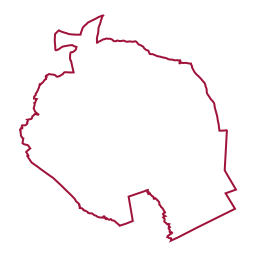 Gura Vadului, Prahova, Romania (Robinson projection)
{"feature_id": "2599482B35654118290873", "entity_name": "Gura Vadului", "entity_type": "district", "adm_level": 2, "iso_a3": "ROU", "parent_name": "Romania", "parent_adm1": "Prahova", "projection": "robinson", "projection_center": [26.431, 45.048], "detail": "fine", "context": "isolated", "style": "outline", "palette": "rose", "viewbox_px": 256, "rotation_deg": 0, "n_neighbors": 0, "source": "geoboundaries", "source_scale": "gbopen_adm2", "svg_char_len": 5628}
<svg xmlns="http://www.w3.org/2000/svg" viewBox="0 0 256 256"><path d="M224.7,170.3L226.9,130.6L226.4,130.3L226.0,130.2L224.8,130.5L221.6,130.7L219.4,130.6L218.6,124.0L217.9,120.9L217.3,117.0L216.9,115.2L214.7,107.1L214.5,105.1L214.1,103.2L213.8,102.7L213.1,101.7L210.6,98.9L209.1,96.5L207.7,94.5L207.1,93.4L206.7,91.9L206.7,90.3L206.5,88.6L206.2,87.7L205.7,86.8L205.3,84.9L204.8,83.3L200.6,78.4L198.9,76.6L196.4,74.3L195.0,72.7L194.1,71.4L192.1,67.5L192.0,66.9L192.1,66.4L192.1,66.2L191.5,65.4L191.3,64.6L191.0,64.1L190.9,63.5L189.1,63.5L185.7,62.8L184.0,63.0L183.0,63.0L181.6,62.6L181.0,63.0L180.8,63.0L180.2,62.7L179.8,63.3L179.5,63.3L179.4,63.1L179.4,62.9L180.3,62.0L180.3,61.7L180.2,61.1L180.3,60.5L180.2,60.3L179.3,60.3L178.7,60.6L178.4,60.6L177.6,60.2L174.6,60.3L172.4,59.6L171.0,59.6L169.2,59.4L168.1,59.1L166.6,58.3L165.7,58.0L163.5,57.5L162.0,57.3L160.4,56.7L157.4,56.2L154.7,55.0L152.7,54.2L152.1,54.1L150.7,54.1L149.7,53.9L149.6,53.7L149.3,52.8L148.7,51.7L148.5,51.0L148.2,50.6L147.8,50.4L147.3,50.4L146.6,50.0L145.7,49.7L145.4,49.4L145.1,49.0L144.0,48.1L143.2,46.6L142.7,46.5L141.1,45.4L140.2,45.1L138.6,44.4L137.7,43.5L137.2,42.7L136.8,42.2L135.5,41.3L134.8,41.3L133.6,41.7L133.0,41.8L129.7,41.4L126.8,41.8L124.5,41.0L123.7,40.6L122.7,40.7L121.5,41.0L119.8,41.1L118.7,40.9L117.6,40.5L116.9,40.7L116.1,41.2L113.9,41.1L113.4,40.9L112.7,40.0L112.0,39.5L110.4,38.9L109.9,38.7L108.4,38.8L106.3,38.5L105.2,39.0L103.2,39.4L100.1,41.1L98.4,41.8L97.9,42.2L97.5,42.7L97.0,42.7L96.9,38.9L97.0,38.2L97.3,36.0L98.0,33.8L98.3,31.6L98.4,30.5L98.4,29.3L98.7,27.3L99.6,24.8L100.0,24.2L100.6,21.9L101.3,19.4L102.5,16.2L103.1,15.5L102.9,15.4L101.2,16.1L99.4,16.7L97.5,17.6L97.4,17.7L96.5,18.3L88.4,22.3L87.5,22.9L86.3,24.3L85.0,25.3L83.0,27.3L82.3,28.9L82.1,29.4L82.0,30.0L80.9,32.8L80.6,34.6L79.7,34.7L76.8,34.7L71.5,34.4L68.6,34.0L67.2,33.4L64.6,32.7L60.8,31.4L58.9,30.4L57.8,31.3L55.1,34.0L54.8,38.2L54.8,41.7L55.2,46.0L55.3,48.9L55.6,50.1L56.8,50.1L57.3,49.9L58.9,49.1L60.4,48.1L60.8,47.7L62.7,46.6L65.6,46.0L69.2,45.4L70.7,45.2L72.4,45.2L73.1,45.5L73.6,46.0L74.0,46.2L75.2,46.5L76.5,47.0L76.2,47.7L76.1,48.9L75.9,49.4L74.8,50.7L73.8,51.3L73.5,51.7L72.7,52.1L71.0,52.3L70.7,52.5L70.5,52.8L70.2,54.5L70.0,57.5L70.3,59.9L70.4,60.3L71.0,60.8L73.6,72.4L70.8,72.5L65.3,72.2L64.4,72.3L63.7,72.9L62.8,74.2L61.6,74.7L60.8,75.4L59.7,76.0L57.7,76.7L57.1,76.7L56.5,76.5L55.5,75.4L54.6,74.9L53.5,74.7L50.8,74.4L50.4,74.3L49.3,74.1L48.5,74.3L47.9,74.8L46.0,75.7L45.8,76.2L45.8,77.0L46.4,77.2L45.9,77.6L45.9,78.2L46.1,78.8L46.1,79.1L45.5,79.3L44.5,80.1L43.9,80.9L43.4,81.8L40.9,84.1L40.7,84.0L40.3,84.7L39.7,84.4L39.0,87.4L37.7,90.5L37.1,91.8L35.7,93.7L35.7,95.1L34.3,96.5L34.0,97.5L34.0,98.6L35.1,98.7L36.8,99.1L36.1,100.0L35.1,102.7L34.3,103.1L34.7,103.8L34.5,105.7L33.7,108.0L33.7,108.3L35.0,111.5L36.4,112.8L38.4,114.4L38.2,114.7L34.8,114.0L34.1,114.8L33.7,115.4L32.5,116.2L32.4,116.5L32.2,116.9L32.0,118.0L31.3,118.9L30.1,119.2L27.4,119.7L27.9,120.1L27.7,120.7L27.7,121.5L27.0,122.4L27.4,123.2L27.1,123.8L26.2,124.7L25.4,125.2L24.4,125.4L22.6,125.3L22.1,125.4L21.8,125.8L21.8,126.3L21.9,127.0L22.4,127.7L22.3,128.2L22.0,128.6L21.0,128.6L20.7,128.5L20.0,130.0L20.1,130.4L20.8,131.2L20.8,131.5L20.5,132.0L20.5,132.3L20.9,134.3L20.9,135.4L21.0,135.8L21.2,136.1L21.8,136.8L21.9,137.5L22.4,137.9L23.0,138.5L23.3,138.5L22.5,143.1L23.8,144.1L25.0,144.5L27.7,145.1L28.6,146.1L30.2,148.4L30.0,148.5L29.9,148.7L27.3,150.8L26.2,152.0L28.4,155.6L27.3,156.1L31.5,162.4L35.2,165.1L37.9,166.9L40.0,168.6L49.3,175.3L53.0,177.8L62.5,186.7L66.3,190.5L71.2,195.2L74.3,198.4L74.9,199.1L75.8,200.9L76.1,201.3L78.7,203.6L79.4,204.4L79.4,204.7L79.1,205.1L79.1,205.5L79.6,205.9L79.9,206.6L80.0,207.0L79.6,207.5L79.7,208.1L80.1,208.2L81.2,208.1L82.4,208.6L82.8,208.8L83.1,209.7L84.1,210.5L84.6,210.7L84.9,210.5L85.2,210.7L85.7,210.9L87.1,211.7L87.5,211.9L87.7,212.1L87.9,212.7L88.1,212.9L88.6,213.1L89.6,213.3L92.0,213.4L94.1,215.0L94.9,215.4L95.8,215.6L97.9,217.0L99.6,217.4L103.5,217.7L103.8,217.6L103.9,217.4L103.3,217.0L103.2,216.8L103.5,216.4L104.1,216.3L104.5,216.5L104.8,216.9L104.8,218.0L105.9,219.1L106.1,219.1L106.2,218.9L106.6,218.2L107.2,218.6L108.4,219.5L109.1,219.7L109.6,219.6L110.6,219.1L111.0,219.2L111.7,220.2L114.1,220.7L115.2,221.5L116.1,222.5L116.8,223.0L118.3,224.3L119.2,224.9L119.6,225.7L125.9,223.7L132.8,221.0L128.6,196.6L145.1,191.0L145.3,190.8L147.1,190.2L147.8,190.0L147.8,190.8L147.3,191.5L147.3,192.1L147.4,192.4L147.6,192.6L148.2,192.1L148.6,192.1L148.6,192.8L148.7,193.4L148.5,194.0L149.0,194.1L149.6,193.5L150.0,193.4L150.2,194.1L152.1,196.1L153.2,196.6L153.4,197.0L153.5,197.9L153.9,198.8L154.4,198.8L154.9,198.1L155.2,198.1L155.6,198.5L156.7,199.5L158.0,200.8L159.1,202.1L159.3,202.6L159.4,203.2L159.2,204.4L159.3,204.7L160.3,205.4L161.0,206.9L162.6,208.3L163.5,209.8L163.8,210.7L164.4,211.4L164.6,211.8L165.1,212.4L165.1,212.5L164.5,212.6L163.7,213.2L163.0,213.9L163.3,214.4L163.4,214.9L163.5,215.1L164.5,215.5L165.3,216.1L164.3,216.4L163.4,217.1L163.1,217.4L163.7,217.9L164.7,219.1L164.3,221.0L164.5,221.9L166.1,223.0L166.4,223.5L166.8,223.9L167.8,224.1L168.9,224.0L169.2,224.1L168.5,225.0L168.5,225.4L168.6,225.7L169.2,226.2L169.9,227.1L169.7,227.2L169.0,227.1L168.7,227.7L168.6,228.3L168.8,228.6L169.8,230.0L169.9,230.4L169.6,231.0L169.7,232.0L170.0,232.4L170.4,232.5L171.6,232.2L172.1,232.8L171.4,233.6L170.1,234.3L169.4,235.0L168.6,235.3L167.9,235.9L167.6,236.3L167.3,237.1L168.2,237.3L168.6,237.8L168.9,238.0L170.1,238.2L171.0,238.2L171.1,238.3L171.0,239.4L171.2,240.2L171.0,240.6L177.8,237.5L197.7,227.3L235.0,208.8L225.6,193.3L236.0,189.6L229.4,178.5L224.7,170.3Z" fill="none" stroke="#9f1239" stroke-width="2"/></svg>